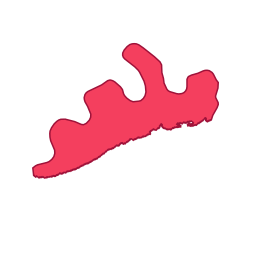 Nigua, San Cristóbal, Dominican Republic, rotated 38°
{"feature_id": "3306468B31162099816687", "entity_name": "Nigua", "entity_type": "district", "adm_level": 2, "iso_a3": "DOM", "parent_name": "Dominican Republic", "parent_adm1": "San Cristóbal", "projection": "mercator", "projection_center": [-70.067, 18.358], "detail": "fine", "context": "isolated", "style": "filled", "palette": "rose", "viewbox_px": 256, "rotation_deg": 38, "n_neighbors": 0, "source": "geoboundaries", "source_scale": "gbopen_adm2", "svg_char_len": 5881}
<svg xmlns="http://www.w3.org/2000/svg" viewBox="0 0 256 256"><g transform="rotate(38 128 128)"><path d="M171.1,36.6L167.8,35.7L162.1,33.0L160.0,32.5L156.7,32.8L154.8,33.8L153.2,35.2L152.0,36.9L149.4,41.8L145.4,47.3L144.0,50.2L144.0,51.2L144.5,53.3L149.1,59.2L150.2,61.2L150.6,63.4L150.3,65.7L149.3,67.6L147.1,69.9L145.2,71.0L138.6,73.6L136.6,73.9L134.7,73.5L128.7,70.4L125.4,67.1L120.7,63.6L115.6,57.6L112.5,56.2L105.0,55.6L90.5,55.5L85.3,55.8L82.9,56.5L81.0,57.7L79.4,59.2L78.1,61.1L77.2,64.4L77.0,69.0L77.7,72.2L79.0,74.0L80.9,75.2L83.1,75.6L95.6,75.6L100.6,76.2L102.8,76.9L111.8,81.2L115.8,84.1L120.0,88.6L121.5,91.9L121.9,95.2L121.3,98.4L120.2,100.0L115.8,104.2L112.8,105.1L108.5,105.2L105.3,104.6L103.5,103.8L99.9,101.1L96.6,100.2L89.3,99.8L87.0,100.1L84.9,100.9L84.0,101.6L82.8,103.3L80.7,110.3L74.0,123.7L73.4,125.8L73.5,128.1L74.8,131.1L76.3,132.6L78.0,133.8L83.0,135.9L90.2,140.0L92.0,142.6L92.7,145.7L92.3,150.0L90.9,152.8L89.1,153.9L82.0,155.8L73.1,159.7L69.7,162.5L68.5,164.4L67.8,166.6L67.3,170.1L67.6,174.9L68.5,178.4L69.8,180.5L72.2,183.3L75.0,185.7L83.8,190.6L85.9,193.0L87.2,196.2L87.3,199.7L86.5,203.1L85.3,205.2L79.4,212.7L78.4,214.8L77.6,218.1L82.5,223.1L83.1,223.1L83.1,223.5L85.4,223.5L85.4,222.6L85.8,222.6L85.8,222.1L88.6,222.1L88.6,221.1L89.1,221.1L89.1,220.6L90.0,220.6L90.0,219.7L90.4,219.7L90.4,219.2L91.4,219.2L91.4,218.7L93.2,218.7L93.7,217.7L94.1,217.7L94.1,216.8L94.6,216.8L94.6,216.3L95.1,216.3L95.1,215.8L96.0,215.3L96.0,214.8L96.4,214.8L96.9,213.9L97.4,213.9L97.4,213.4L97.8,213.4L97.8,212.9L98.3,212.9L98.3,211.9L98.7,211.9L98.7,211.4L99.7,211.4L99.7,210.9L100.1,210.9L100.1,210.5L100.6,210.5L100.6,209.0L101.0,209.0L101.0,208.5L101.5,208.5L101.5,207.6L102.0,207.6L102.0,205.6L102.9,205.6L102.9,205.1L103.8,205.1L103.8,204.7L104.3,204.7L104.3,203.7L104.7,203.7L104.7,202.7L105.2,202.7L105.6,201.7L106.6,201.7L106.6,199.8L107.0,199.8L107.0,199.3L107.5,199.3L107.5,198.8L107.9,198.8L108.4,197.9L108.9,197.9L108.9,196.9L109.3,196.9L109.3,196.4L109.8,196.4L109.8,195.4L110.2,195.4L110.2,194.5L110.7,194.5L110.7,194.0L111.1,194.0L111.1,193.5L111.6,193.5L111.6,193.0L112.1,193.0L112.1,192.1L112.5,192.1L112.5,190.6L113.0,190.6L113.0,190.1L113.4,190.1L113.4,189.6L113.9,189.6L113.9,187.7L114.4,187.7L114.4,186.7L114.8,186.7L114.8,185.8L115.3,185.8L115.3,185.3L115.7,185.3L115.7,183.8L116.2,183.8L116.2,182.8L116.7,182.8L116.7,181.9L117.1,181.9L117.1,181.4L117.6,181.4L117.6,180.9L118.0,180.9L118.0,180.4L118.5,180.4L118.5,179.0L119.0,179.0L119.0,178.0L119.4,178.0L119.4,177.0L119.9,177.0L119.9,175.6L120.3,175.6L120.3,174.1L120.8,174.1L120.8,173.2L121.3,173.2L121.3,172.7L121.7,172.7L121.7,171.7L122.2,171.7L122.2,171.2L122.6,171.2L122.6,168.8L123.1,168.8L123.1,167.8L123.6,167.8L123.6,165.4L124.0,165.4L124.0,163.5L124.5,163.5L124.5,163.0L124.9,163.0L124.9,160.1L125.4,160.1L125.4,157.6L125.9,157.6L125.9,156.7L126.3,156.7L126.3,156.2L126.8,156.2L127.2,155.2L127.7,155.2L127.7,154.3L128.2,154.3L128.2,153.3L128.6,153.3L128.6,152.8L129.1,152.8L129.1,150.9L129.5,150.9L129.5,148.9L130.0,148.9L130.0,148.4L130.9,148.4L130.9,147.9L131.4,147.9L131.4,147.5L131.8,147.5L131.8,147.0L131.4,147.0L131.4,146.5L131.8,146.5L131.8,146.0L131.4,146.0L131.4,145.0L131.8,145.0L131.8,144.1L132.3,144.1L132.3,143.6L132.8,143.6L132.8,143.1L133.2,143.1L133.2,143.6L134.1,143.6L134.1,143.1L134.6,143.1L134.6,142.1L135.5,142.1L135.5,139.7L136.0,139.7L136.0,138.7L136.4,138.7L136.4,136.8L136.9,136.8L136.9,136.3L136.4,136.3L136.4,135.3L136.9,135.3L137.4,134.4L139.7,134.4L139.7,133.4L140.1,133.4L140.1,132.4L140.6,132.4L140.6,132.0L141.0,132.0L141.0,131.0L141.5,131.0L141.5,129.5L142.0,129.5L142.0,129.0L142.4,129.0L142.4,128.6L143.3,128.6L143.3,128.1L143.8,128.1L144.3,127.1L144.7,127.1L144.7,125.7L145.2,125.7L145.2,125.2L145.7,125.2L145.7,124.7L146.1,124.7L146.6,123.7L147.0,123.7L147.0,122.3L147.5,122.3L147.5,120.8L148.0,120.8L148.0,120.3L148.4,120.3L148.9,119.3L149.3,119.3L149.3,118.9L148.9,118.9L148.4,117.9L147.5,117.9L147.5,116.4L148.0,116.4L148.0,115.5L148.4,115.5L148.4,114.0L148.9,114.0L148.9,113.0L150.7,113.0L151.2,112.1L151.6,112.1L151.6,109.7L152.1,109.7L152.1,109.2L152.6,109.2L152.6,108.2L152.1,108.2L152.1,106.7L151.6,106.7L151.6,104.3L152.6,104.3L152.6,104.8L153.0,104.8L153.0,105.3L153.5,105.3L153.5,105.8L154.9,105.8L154.9,106.3L156.2,106.3L156.2,105.8L157.6,105.8L157.6,105.3L159.5,105.3L159.5,104.8L160.4,104.8L160.4,104.3L160.8,104.3L161.3,103.4L162.2,103.4L162.2,102.9L162.7,102.9L162.7,102.4L163.1,102.4L163.1,100.4L163.6,100.4L163.6,100.0L164.1,100.0L164.1,99.0L164.5,99.0L164.5,98.5L165.0,98.5L165.4,97.5L165.9,97.5L165.9,97.1L166.4,97.1L166.4,96.6L166.8,96.6L166.8,96.1L167.3,96.1L167.3,95.6L167.7,95.6L167.7,95.1L168.2,95.1L168.2,94.6L168.7,94.6L168.2,93.7L167.3,93.7L167.3,94.1L165.9,94.1L165.9,94.6L165.4,94.6L165.4,95.1L164.1,95.1L164.1,93.7L165.0,93.7L165.0,93.2L165.4,93.2L165.4,92.7L165.9,92.7L165.9,91.7L167.3,91.7L167.3,91.2L168.2,91.2L168.2,89.3L169.1,89.3L169.1,88.8L170.0,88.8L170.0,88.3L170.5,88.3L170.5,87.8L171.0,87.8L171.0,86.4L171.4,86.4L171.4,85.9L171.9,85.9L172.3,84.9L172.8,84.9L172.8,84.4L173.3,84.4L173.7,83.5L176.0,83.5L176.0,84.4L176.5,84.4L176.5,85.4L175.6,85.4L175.1,86.4L173.7,86.4L173.7,86.9L173.3,86.9L173.3,87.4L172.8,87.4L172.8,88.8L173.7,89.3L173.7,88.8L174.2,88.8L174.2,88.3L175.6,88.3L175.6,87.8L176.5,87.8L176.5,86.9L177.4,86.9L177.4,85.9L178.3,85.9L178.3,84.9L178.8,84.9L179.2,84.0L179.7,84.0L179.7,83.5L180.2,83.5L180.2,81.1L180.6,81.1L180.6,80.6L181.1,80.6L181.1,79.1L181.5,79.1L181.5,77.7L182.0,77.7L182.0,76.2L182.5,76.2L182.5,72.8L182.9,72.8L182.9,72.3L183.4,72.3L183.4,72.8L183.8,72.8L183.8,73.3L184.3,73.3L184.3,73.8L184.8,73.8L184.8,74.3L186.6,74.3L186.6,73.3L187.1,73.3L187.1,72.3L187.5,72.3L187.5,71.8L188.0,71.8L188.0,70.9L188.4,70.9L188.7,70.4L187.0,65.8L185.7,57.2L184.7,54.0L183.4,52.5L178.6,50.2L177.3,48.9L174.3,41.2L171.1,36.6Z" fill="#f43f5e" stroke="#9f1239" stroke-width="1.5"/></g></svg>